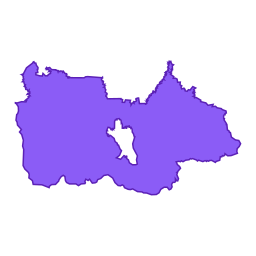 the district of Bogor, Jawa Barat, Indonesia
{"feature_id": "22746128B99423643145371", "entity_name": "Bogor", "entity_type": "district", "adm_level": 2, "iso_a3": "IDN", "parent_name": "Indonesia", "parent_adm1": "Jawa Barat", "projection": "albers", "projection_center": [106.799, -6.545], "detail": "fine", "context": "isolated", "style": "filled", "palette": "violet", "viewbox_px": 256, "rotation_deg": 0, "n_neighbors": 0, "source": "geoboundaries", "source_scale": "gbopen_adm2", "svg_char_len": 5735}
<svg xmlns="http://www.w3.org/2000/svg" viewBox="0 0 256 256"><path d="M177.1,79.1L175.5,78.2L173.2,78.3L173.8,76.6L170.5,74.3L171.3,73.5L169.5,72.3L172.1,71.9L171.3,71.7L172.0,70.3L171.2,69.4L171.7,69.0L172.5,69.3L172.3,65.9L173.5,64.8L171.5,63.9L170.8,61.3L170.1,61.5L170.6,62.2L169.6,61.5L169.7,62.1L169.1,62.1L169.6,62.6L169.2,63.5L168.2,63.0L168.7,64.0L167.9,64.1L168.8,65.3L167.9,66.6L168.3,67.6L169.1,67.5L168.0,67.9L168.8,68.6L167.9,69.3L168.3,70.5L165.9,71.7L166.4,72.9L165.2,72.8L166.2,74.3L165.2,74.5L165.8,75.4L165.0,75.5L164.7,76.8L163.4,76.6L164.3,77.2L163.4,78.9L163.9,79.5L163.0,79.2L162.0,80.1L162.5,80.3L161.8,81.9L160.5,81.5L159.6,82.6L159.5,83.3L160.7,83.6L157.4,85.1L157.1,86.1L157.7,86.6L157.2,87.3L156.6,86.9L155.8,88.1L156.4,88.3L155.8,88.5L156.1,89.7L155.6,89.9L156.1,90.6L155.5,92.2L155.0,91.4L154.4,91.9L153.8,91.3L153.6,92.3L152.9,91.6L152.6,93.4L151.2,93.6L151.2,95.3L150.0,95.0L150.1,95.8L149.2,95.6L148.8,97.0L149.2,97.5L147.6,98.4L147.9,99.9L147.4,99.7L147.4,100.6L146.7,100.1L147.0,101.5L146.3,101.4L146.8,101.9L146.5,103.0L145.7,102.8L146.6,103.6L145.6,104.2L144.6,103.5L139.4,103.6L138.6,98.0L137.9,98.0L136.0,98.6L135.9,99.4L136.7,100.1L136.2,101.1L134.3,102.0L133.8,101.6L133.4,102.1L133.8,103.1L133.1,102.7L132.0,103.3L131.1,104.9L131.0,103.2L129.8,102.5L130.5,100.3L125.5,99.9L124.6,102.4L122.3,102.3L122.6,99.6L121.0,99.3L121.0,98.6L107.4,98.8L106.7,96.9L105.8,96.2L105.9,95.4L106.9,94.8L106.5,94.4L107.0,93.4L105.2,92.1L105.8,89.7L105.0,88.7L104.9,87.1L104.1,87.1L104.7,86.6L104.3,85.3L104.7,85.2L104.0,84.8L104.5,84.3L102.9,84.3L103.4,81.7L102.6,81.6L103.1,81.1L101.5,79.9L101.5,78.6L102.6,78.0L102.5,77.3L102.1,77.7L87.7,76.6L85.6,76.8L84.1,77.8L70.7,77.7L69.1,76.8L69.0,77.9L67.9,77.9L67.7,76.8L66.3,76.1L66.9,75.0L66.2,74.8L66.5,73.7L64.8,73.3L63.4,71.3L62.7,72.2L62.3,71.2L60.4,71.0L59.8,71.6L58.5,70.8L58.1,71.8L57.7,70.6L55.6,70.0L56.4,69.8L51.6,69.6L49.7,67.5L47.4,68.1L46.6,67.4L45.8,68.7L46.5,68.9L46.4,69.6L48.2,69.5L49.6,70.7L49.0,71.4L50.5,71.0L51.0,71.5L50.1,73.1L50.4,73.5L48.4,74.5L47.5,75.8L45.4,75.8L43.0,73.4L42.3,76.0L39.6,75.8L35.8,74.7L35.9,72.8L37.8,72.5L37.3,69.5L37.9,69.2L38.0,67.5L36.4,65.3L35.8,63.1L34.5,63.0L33.9,61.7L33.2,62.0L32.6,63.1L26.5,67.8L23.4,73.8L22.0,74.4L23.1,74.6L22.4,75.5L23.4,76.4L23.2,78.0L23.8,79.1L22.8,79.8L23.5,80.9L22.5,81.7L23.8,81.8L24.3,84.0L25.4,84.8L24.7,85.4L25.5,86.6L24.7,86.1L24.3,86.4L26.0,87.5L26.5,87.1L25.5,88.0L25.8,89.4L27.1,89.5L27.9,91.1L29.0,90.1L28.7,91.7L29.8,91.9L29.8,93.3L27.7,93.5L27.2,94.3L28.6,94.0L29.9,95.6L28.7,95.5L29.5,96.0L28.2,96.5L28.8,97.5L25.4,100.3L26.6,100.5L26.0,101.9L21.5,101.7L17.0,103.0L15.4,102.7L15.4,103.2L16.4,103.8L18.3,106.7L18.5,111.0L17.7,113.6L16.7,114.6L16.0,120.2L17.1,122.2L17.5,125.1L21.4,129.5L19.5,132.0L21.7,134.5L23.4,140.3L22.6,146.0L23.7,149.5L23.1,165.6L24.9,169.1L28.5,172.5L29.2,174.5L28.9,177.9L32.4,180.6L33.2,184.4L42.0,184.8L49.1,187.6L49.4,186.3L51.5,184.6L55.5,184.4L58.7,181.0L59.0,179.7L61.1,176.7L63.2,175.3L64.9,176.5L65.5,180.7L66.6,182.5L69.4,183.9L75.9,183.9L78.5,185.6L81.2,183.9L84.9,183.6L85.4,182.8L84.9,181.3L85.8,179.2L88.1,180.5L89.6,179.2L92.3,183.1L95.2,182.8L96.7,182.0L97.7,179.6L100.7,178.5L103.8,175.5L108.0,174.7L112.7,178.0L115.0,182.6L118.1,185.5L120.5,185.8L122.2,184.9L123.6,185.6L124.5,187.7L128.1,189.3L130.4,189.6L132.7,188.9L137.5,191.6L141.9,191.9L143.6,192.9L146.6,193.0L151.4,194.7L156.3,194.5L159.0,192.8L160.8,189.3L164.2,187.2L167.3,187.3L169.2,189.8L170.9,189.0L172.1,186.9L171.6,184.7L172.1,183.4L172.8,182.4L174.8,182.3L175.5,181.4L175.4,178.9L176.6,180.7L177.7,180.9L178.5,178.7L176.8,174.6L177.6,172.2L177.1,172.2L180.5,168.3L179.6,166.5L177.4,164.6L176.2,161.8L178.8,161.3L180.4,161.7L181.3,160.8L183.0,161.7L185.6,160.2L189.2,159.7L190.4,158.6L191.5,159.0L192.7,158.6L196.7,160.1L197.4,161.0L198.7,160.2L202.9,161.6L205.1,160.6L206.6,161.4L207.1,160.6L208.7,161.2L209.6,160.5L211.7,160.4L215.4,162.4L216.2,161.4L219.7,160.3L220.3,156.7L221.8,156.8L222.4,155.6L223.7,156.0L224.8,155.0L225.0,153.7L227.7,155.8L231.1,155.6L237.4,153.3L236.8,151.5L237.2,148.6L239.2,146.5L240.6,143.7L238.8,140.5L235.4,139.9L231.4,137.1L230.4,132.5L229.4,132.3L229.0,130.9L227.4,129.9L226.9,124.7L226.3,124.6L226.5,123.7L224.1,120.0L224.4,118.7L223.7,118.6L223.6,115.9L224.2,114.8L225.1,114.7L225.0,113.5L226.3,113.0L226.0,111.0L222.3,109.6L221.3,108.6L217.1,107.8L215.5,106.3L212.2,106.6L213.1,104.4L208.0,105.3L205.9,102.9L200.6,101.6L200.8,100.2L196.9,97.9L195.8,97.4L193.8,98.0L194.9,97.4L194.5,96.3L193.6,96.2L194.8,95.5L194.7,94.5L194.1,93.0L193.8,93.8L192.7,92.9L193.0,92.4L194.5,92.4L193.6,91.6L194.6,91.0L193.6,89.5L195.7,88.0L192.8,86.6L190.1,90.0L188.4,89.7L187.1,91.3L185.1,90.8L185.0,89.3L184.3,89.2L184.2,88.3L183.9,88.2L181.6,88.9L181.0,87.0L181.8,85.9L180.0,84.8L180.3,82.1L177.6,82.3L177.1,79.1ZM116.6,119.0L119.2,118.6L119.7,119.7L120.5,119.6L121.1,120.6L121.3,123.2L121.6,122.9L122.3,124.4L122.3,128.2L124.0,128.3L123.9,127.6L125.7,126.5L125.7,128.0L126.6,128.2L127.3,126.4L129.2,126.0L129.1,127.3L130.6,127.2L130.8,128.1L131.2,127.6L132.1,129.3L132.3,132.2L133.4,133.7L134.3,136.9L135.0,136.1L132.7,143.8L133.3,148.1L137.4,155.8L136.5,159.9L137.3,164.0L136.0,164.7L132.5,164.8L129.4,162.8L128.4,159.9L126.6,158.5L126.8,155.7L125.8,157.3L125.2,157.2L125.6,156.5L124.0,155.6L120.6,159.3L116.4,157.8L119.5,155.4L121.5,150.7L119.9,148.8L118.5,145.1L117.5,144.9L117.2,143.2L115.1,141.6L114.1,138.4L110.5,135.4L109.1,135.8L109.0,136.5L108.1,136.3L107.4,135.1L108.4,134.3L106.6,133.5L106.6,130.6L107.3,130.6L106.9,130.1L108.0,127.3L109.7,127.6L111.1,129.6L111.9,128.8L112.3,129.8L112.9,128.8L113.5,129.3L113.4,128.5L114.5,128.2L114.6,121.3L115.3,119.9L116.9,119.8L116.6,119.0Z" fill="#8b5cf6" stroke="#5b21b6" stroke-width="1.5"/></svg>